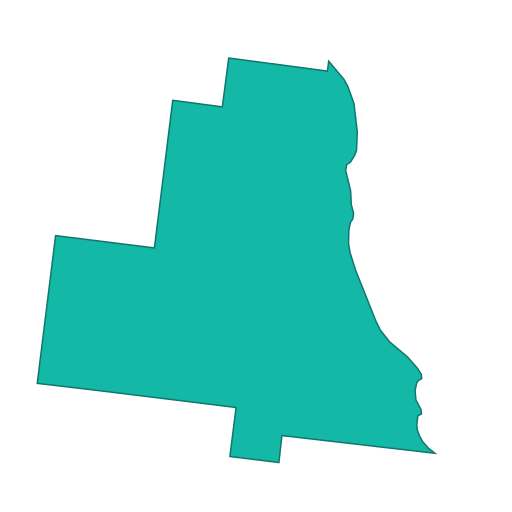 Ontonagon, Michigan, United States of America, rotated 97°
{"feature_id": "52423323B11182696973268", "entity_name": "Ontonagon", "entity_type": "district", "adm_level": 2, "iso_a3": "USA", "parent_name": "United States of America", "parent_adm1": "Michigan", "projection": "orthographic", "projection_center": [-89.321, 46.682], "detail": "fine", "context": "isolated", "style": "filled", "palette": "teal", "viewbox_px": 512, "rotation_deg": 97, "n_neighbors": 0, "source": "geoboundaries", "source_scale": "gbopen_adm2", "svg_char_len": 771}
<svg xmlns="http://www.w3.org/2000/svg" viewBox="0 0 512 512"><g transform="rotate(97 256 256)"><path d="M408.8,407.2L408.8,257.3L458.2,257.5L458.2,208.1L431.1,208.4L430.0,54.4L425.8,61.4L419.8,68.1L414.6,71.8L409.0,74.7L404.6,75.8L394.9,75.9L392.6,72.5L388.4,73.5L379.2,79.8L369.9,81.7L362.2,81.0L359.5,79.4L357.5,76.6L353.4,77.5L347.9,82.0L337.9,93.1L324.9,113.0L314.5,123.5L306.1,129.0L257.8,155.5L240.8,163.2L232.2,165.7L218.6,167.0L210.8,166.3L207.7,164.5L201.9,164.3L193.3,167.7L179.8,170.0L160.3,177.4L154.2,177.1L151.3,173.7L144.1,170.3L139.0,169.1L120.6,170.6L92.8,177.3L76.5,185.5L69.9,190.3L53.8,207.6L63.8,207.7L62.8,307.2L112.1,307.6L111.6,357.6L260.4,357.8L260.2,457.4L409.1,457.6L408.8,407.2Z" fill="#14b8a6" stroke="#0f766e" stroke-width="1.5"/></g></svg>